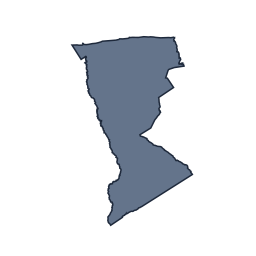 the district of Necochea, Buenos Aires, Argentina, rotated 193°
{"feature_id": "61730980B86190537601519", "entity_name": "Necochea", "entity_type": "district", "adm_level": 2, "iso_a3": "ARG", "parent_name": "Argentina", "parent_adm1": "Buenos Aires", "projection": "orthographic", "projection_center": [-59.026, -38.176], "detail": "fine", "context": "isolated", "style": "filled", "palette": "slate", "viewbox_px": 256, "rotation_deg": 193, "n_neighbors": 0, "source": "geoboundaries", "source_scale": "gbopen_adm2", "svg_char_len": 5909}
<svg xmlns="http://www.w3.org/2000/svg" viewBox="0 0 256 256"><g transform="rotate(193 128 128)"><path d="M133.4,66.3L133.3,65.4L133.0,64.8L133.6,64.3L133.4,63.7L133.5,63.1L133.4,62.6L132.6,61.8L132.9,61.0L132.8,59.9L132.1,59.5L131.9,58.9L130.9,58.0L130.8,57.1L130.6,56.7L130.6,56.1L130.8,55.8L130.3,55.1L130.1,54.2L129.1,53.7L128.6,52.9L128.5,52.4L128.1,52.0L126.8,52.2L126.5,51.9L126.6,51.6L126.4,50.9L125.7,50.6L125.5,49.1L125.9,48.4L125.5,47.5L125.8,46.9L125.4,46.6L125.3,44.6L125.0,44.1L125.3,43.6L125.3,42.9L125.9,41.4L126.3,39.2L126.8,38.5L127.0,37.7L127.5,37.1L127.5,36.6L127.0,35.1L126.8,33.2L126.4,32.7L126.2,32.0L125.5,31.2L124.2,30.6L123.0,29.3L113.4,39.6L113.3,39.9L113.6,40.2L113.4,40.4L113.2,41.1L111.8,42.2L111.7,42.7L110.9,43.2L110.8,43.6L110.6,43.7L110.5,44.2L110.4,44.0L109.3,44.6L108.1,46.0L106.1,47.6L104.7,47.8L104.1,48.2L103.5,49.0L101.3,50.1L100.9,50.7L100.3,51.2L100.0,51.6L100.0,52.0L99.5,52.7L98.6,53.0L98.1,53.7L97.2,54.3L54.8,97.2L55.6,98.0L56.8,98.7L56.7,99.3L56.9,99.9L57.4,99.9L58.6,101.1L59.4,101.2L61.0,102.3L60.8,102.9L61.2,103.5L61.3,104.2L62.3,105.0L63.6,105.2L64.2,104.9L64.7,104.9L65.1,105.2L66.8,105.5L67.8,106.3L68.5,106.4L69.9,106.9L70.9,106.9L71.6,107.4L72.1,107.4L72.7,107.7L73.0,107.7L73.3,107.2L74.0,107.1L75.8,109.1L77.3,109.8L78.0,110.9L78.4,111.1L79.6,111.3L80.1,111.8L82.1,112.5L83.4,113.3L85.7,114.0L86.4,114.5L87.1,114.4L87.9,114.9L87.9,115.2L89.5,115.9L90.9,116.8L91.0,117.0L92.3,117.2L95.0,116.8L97.7,117.2L98.6,117.1L99.7,117.2L100.0,117.8L100.7,118.2L102.9,119.1L103.6,119.1L104.8,119.6L105.4,120.3L106.7,120.8L106.9,121.0L107.1,121.9L107.5,122.1L108.2,122.1L110.9,122.8L111.7,122.7L112.3,122.9L114.1,122.9L114.9,124.1L105.8,133.1L103.7,142.0L102.3,144.8L102.0,146.0L101.0,147.5L100.4,148.8L100.4,149.7L99.8,150.5L100.4,151.6L100.6,151.4L101.0,151.7L101.6,152.4L101.6,152.7L102.2,153.6L102.2,154.1L101.5,155.6L101.6,156.3L102.6,158.0L102.8,158.9L103.4,159.9L104.4,163.2L105.0,164.6L92.7,177.7L100.9,185.4L102.6,185.3L101.9,193.2L101.6,193.9L101.2,194.4L96.5,197.3L87.3,200.9L87.4,201.2L88.2,201.6L88.2,202.5L89.3,202.5L89.3,203.6L90.0,203.5L89.9,202.7L90.4,202.5L90.6,202.1L91.6,202.5L91.8,202.1L92.4,201.7L92.5,202.3L93.0,202.4L93.1,202.9L92.9,203.1L92.6,205.1L92.4,205.4L92.4,205.9L92.1,206.3L92.1,206.7L92.5,207.4L93.0,207.7L92.9,208.0L93.1,208.1L93.9,207.6L94.1,208.2L94.0,208.7L94.4,209.2L94.4,209.8L95.0,211.1L94.8,211.4L95.5,212.7L95.9,212.9L96.2,213.4L96.5,213.3L97.6,213.3L97.7,213.6L97.5,213.8L97.5,214.8L98.0,216.2L98.5,216.7L98.8,217.6L98.6,218.1L99.1,219.4L100.5,220.9L100.9,221.9L101.4,222.6L102.6,222.9L102.5,223.6L103.3,224.0L103.4,224.7L103.0,225.8L102.8,226.1L102.9,226.4L103.0,226.3L104.0,226.7L106.6,225.6L108.7,225.3L116.5,223.2L121.5,222.5L123.6,222.4L126.6,221.9L128.4,221.3L133.2,220.5L138.1,218.6L144.2,217.3L146.0,216.7L147.1,216.6L147.3,215.9L148.0,215.4L153.2,213.6L156.2,213.0L156.7,212.3L159.5,210.9L172.5,206.8L173.7,205.8L176.4,204.3L178.7,203.2L181.5,202.3L185.3,200.6L187.6,199.8L189.8,199.5L190.4,200.0L191.6,200.7L191.1,200.2L190.4,199.9L190.7,199.0L191.4,198.4L194.5,197.6L196.2,197.5L201.2,196.2L189.1,184.3L185.2,188.3L184.7,188.0L184.5,187.5L185.4,186.7L184.7,186.2L184.8,185.6L184.4,185.0L184.3,184.5L183.8,184.4L183.3,184.0L183.3,183.5L183.0,183.2L183.1,182.9L184.0,182.8L184.5,182.2L184.7,181.8L184.0,181.6L183.4,180.9L182.9,180.9L182.2,180.2L182.6,179.2L181.8,178.2L182.2,177.1L181.6,176.3L181.7,176.0L181.6,175.8L180.9,175.6L180.6,175.2L180.7,174.7L180.5,174.2L180.0,173.9L180.1,173.2L180.8,172.9L180.4,172.1L179.6,171.6L179.6,171.3L180.0,170.9L179.9,170.3L179.1,169.7L178.7,169.7L179.0,168.6L178.3,168.1L178.1,167.8L178.3,166.8L178.5,166.6L178.5,166.0L179.0,165.6L178.5,164.8L178.5,164.6L178.9,164.1L178.8,163.6L178.1,163.0L178.1,162.4L177.6,161.8L177.8,161.3L177.7,161.2L177.3,160.9L176.8,160.2L176.4,159.1L176.1,158.8L176.2,158.0L175.1,157.0L174.7,157.1L174.8,155.6L175.3,155.1L174.4,154.6L174.2,154.0L174.4,153.5L174.3,153.3L173.3,153.0L172.8,151.6L171.6,151.0L170.5,149.6L169.9,149.4L168.6,149.4L167.9,148.8L167.4,148.7L167.2,148.4L166.7,147.6L166.7,146.7L165.4,145.7L165.7,144.4L164.8,143.9L164.3,143.2L163.6,142.8L162.6,141.2L162.2,141.0L161.6,140.2L161.8,139.5L162.5,139.4L162.5,139.2L161.9,138.8L162.3,137.9L162.3,137.7L161.7,137.5L161.7,136.7L161.9,136.6L161.8,136.2L161.2,135.6L161.2,135.4L161.3,134.9L160.9,134.6L160.6,134.5L160.6,133.9L160.2,133.5L160.7,132.5L159.7,132.0L159.5,131.8L159.8,131.6L159.9,131.1L159.8,130.9L158.8,130.0L158.3,130.1L157.7,129.7L157.7,129.2L157.2,129.4L156.8,128.7L156.7,128.9L155.5,129.2L155.5,128.6L155.3,128.2L155.8,127.7L155.6,127.0L155.8,126.8L155.4,126.3L155.4,126.1L155.6,125.9L155.2,125.8L155.1,124.3L154.6,124.2L154.8,124.0L154.7,123.8L154.3,123.9L153.0,123.2L152.9,122.4L151.9,121.9L151.8,120.6L150.7,120.0L150.4,119.4L150.6,118.9L150.2,118.1L150.0,118.3L148.4,117.4L148.1,116.6L147.1,116.1L146.7,115.3L145.2,114.0L144.1,112.4L143.4,112.3L143.5,111.0L143.1,110.5L142.6,110.4L142.4,110.0L142.3,108.9L142.5,108.5L141.9,107.8L141.7,106.8L141.3,106.4L141.3,105.2L140.1,104.3L139.9,104.0L139.4,103.5L139.4,103.2L138.7,102.8L138.2,102.2L138.1,101.6L137.8,101.1L137.9,100.5L137.1,100.4L136.4,99.5L135.5,99.5L134.9,98.7L133.6,98.4L133.0,97.5L133.1,96.7L132.3,96.6L132.0,96.2L131.4,96.1L131.3,95.1L131.4,94.8L131.1,93.7L131.3,93.3L131.1,92.3L130.4,91.2L129.9,91.0L129.5,90.5L128.7,90.7L128.1,90.1L128.0,89.2L127.3,88.4L127.0,87.0L125.8,86.4L125.4,85.7L125.3,84.8L125.4,83.6L125.2,82.9L125.5,82.2L125.3,81.9L125.3,81.2L125.6,80.7L125.7,80.3L125.2,79.8L125.8,79.2L125.6,78.6L125.7,78.2L125.4,77.0L125.7,76.3L125.9,76.1L125.9,75.7L126.2,75.2L126.8,75.0L126.8,74.6L127.3,74.1L127.7,74.2L127.7,73.6L127.9,73.3L128.5,73.2L129.2,72.6L129.9,72.7L130.5,72.2L130.4,71.6L130.8,71.0L130.9,70.6L130.7,70.2L131.7,69.7L132.1,69.8L132.3,69.3L132.8,69.4L133.5,68.6L133.3,67.8L133.7,67.3L133.8,67.0L133.7,66.5L133.4,66.3Z" fill="#64748b" stroke="#1e293b" stroke-width="1.5"/></g></svg>